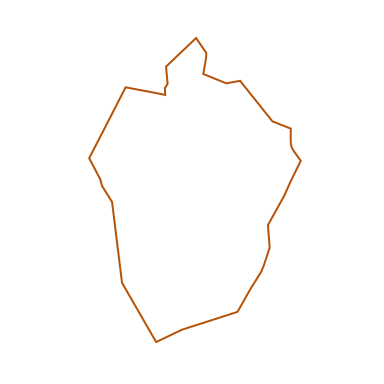 Marcelino Vieira, Rio Grande do Norte, Brazil, rotated 144°
{"feature_id": "56859067B45059520856081", "entity_name": "Marcelino Vieira", "entity_type": "district", "adm_level": 2, "iso_a3": "BRA", "parent_name": "Brazil", "parent_adm1": "Rio Grande do Norte", "projection": "orthographic", "projection_center": [-38.185, -6.281], "detail": "fine", "context": "isolated", "style": "outline", "palette": "amber", "viewbox_px": 384, "rotation_deg": 144, "n_neighbors": 0, "source": "geoboundaries", "source_scale": "gbopen_adm2", "svg_char_len": 593}
<svg xmlns="http://www.w3.org/2000/svg" viewBox="0 0 384 384"><g transform="rotate(144 192 192)"><path d="M261.2,249.9L262.5,231.0L302.0,159.6L309.2,91.7L281.1,86.5L225.6,68.3L201.0,79.5L182.7,86.9L177.0,90.4L161.9,101.3L150.0,120.6L119.3,134.9L106.2,142.5L85.7,153.3L85.6,165.6L85.0,170.0L83.4,173.4L80.3,177.9L74.8,185.2L85.4,201.8L87.6,250.1L87.6,253.6L100.4,259.8L113.5,280.8L101.3,292.7L98.7,296.2L98.2,314.2L139.3,308.7L148.2,293.8L152.9,292.0L156.6,286.3L163.5,293.8L184.2,315.7L229.6,292.7L255.3,279.8L258.8,256.0L261.2,249.9Z" fill="none" stroke="#b45309" stroke-width="2"/></g></svg>